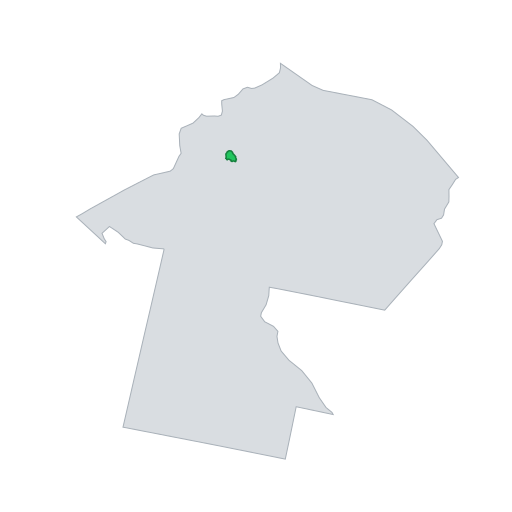 San Diego, Zacapa, Guatemala shown in context, rotated 191°
{"feature_id": "79465075B11427655280903", "entity_name": "San Diego", "entity_type": "district", "adm_level": 2, "iso_a3": "GTM", "parent_name": "Guatemala", "parent_adm1": "Zacapa", "projection": "albers", "projection_center": [-89.764, 14.795], "detail": "fine", "context": "in_parent", "style": "filled", "palette": "green", "viewbox_px": 512, "rotation_deg": 191, "n_neighbors": 0, "source": "geoboundaries", "source_scale": "gbopen_adm2", "svg_char_len": 2715}
<svg xmlns="http://www.w3.org/2000/svg" viewBox="0 0 512 512"><g transform="rotate(191 256 256)"><path d="M72.2,371.7L74.7,369.3L76.8,363.8L79.3,358.0L77.9,351.3L77.0,345.9L79.9,338.0L79.7,332.1L81.1,328.5L85.3,326.2L87.5,321.7L75.8,306.0L75.8,302.5L77.5,298.2L87.2,281.7L98.9,262.1L111.7,240.4L119.3,227.4L147.0,227.6L165.2,227.7L188.4,227.9L213.7,228.0L230.2,228.0L237.0,227.9L235.9,219.4L236.8,210.0L239.9,201.4L239.9,197.7L234.9,193.1L225.4,190.3L220.1,186.2L220.1,181.1L217.8,174.8L213.2,167.5L203.7,159.9L189.2,152.2L176.9,141.9L166.8,128.9L158.2,120.5L151.6,117.0L150.0,115.1L169.4,115.4L187.8,115.7L188.0,97.2L188.2,80.8L188.5,62.2L221.7,62.4L261.4,62.6L302.6,62.6L334.9,62.6L353.9,62.6L353.1,85.6L352.2,112.3L351.5,131.9L350.6,158.0L349.6,184.8L348.3,221.3L347.5,244.8L347.9,245.4L358.8,244.2L374.9,245.2L378.8,245.1L383.8,247.1L387.6,247.7L395.8,253.0L405.5,257.0L411.5,248.9L408.3,244.0L405.9,241.5L406.2,239.3L439.8,260.1L435.8,263.4L427.4,270.9L412.0,283.8L398.2,295.4L385.0,305.8L373.0,315.2L371.6,316.2L356.4,322.9L353.8,326.0L350.6,339.2L349.1,342.5L351.9,349.8L354.7,361.2L353.8,367.1L343.2,374.4L338.4,381.0L336.3,385.2L334.4,384.1L331.1,383.8L323.6,385.5L319.9,385.9L316.9,387.7L316.6,391.8L318.6,398.5L319.3,401.9L317.2,403.4L307.9,407.4L304.2,411.4L300.7,417.5L296.6,420.0L292.4,419.6L289.4,420.5L282.9,425.0L273.2,433.9L268.0,440.4L267.8,445.4L268.8,449.8L233.5,434.1L221.7,431.4L172.0,431.5L150.7,425.2L126.5,413.1L110.2,402.2L72.2,371.7Z" fill="#d9dde1" stroke="#a8b0b8" stroke-width="1"/><path d="M294.2,344.7L294.0,344.9L293.9,345.0L293.9,345.3L294.0,345.5L294.2,345.8L294.2,346.0L293.8,346.4L294.0,346.6L293.7,347.1L293.7,347.3L294.4,348.1L294.6,348.5L295.0,349.1L295.0,349.3L294.9,349.6L295.2,349.9L295.3,349.9L295.4,350.0L295.7,350.2L295.9,350.4L296.0,350.6L296.4,350.9L297.1,351.3L297.5,351.7L297.6,351.8L297.8,351.8L298.0,351.9L298.3,352.1L298.4,352.3L298.5,352.5L298.6,352.8L298.6,353.0L298.8,353.3L299.0,353.5L299.5,353.7L300.0,354.1L300.4,354.2L300.4,354.3L300.7,354.3L301.7,354.3L302.5,354.2L302.8,354.0L303.0,353.8L303.2,353.7L303.4,353.5L303.4,353.2L303.6,353.1L303.9,353.0L304.1,352.8L304.2,352.6L304.2,352.1L304.4,351.7L304.5,351.4L304.7,351.2L304.9,350.8L304.9,350.6L305.0,350.2L304.9,350.0L304.8,349.5L304.7,349.1L304.5,348.6L304.4,348.1L304.2,347.7L304.1,347.2L304.1,346.9L304.3,346.3L304.3,346.1L303.9,346.0L303.7,345.8L303.3,345.5L303.1,345.1L302.9,345.0L302.5,345.0L302.4,345.1L302.4,345.3L302.0,345.7L301.7,345.8L300.7,345.8L300.4,345.7L299.8,345.5L298.9,345.4L298.7,345.2L298.8,344.8L298.7,344.5L297.8,344.2L297.3,344.3L297.2,344.4L296.9,344.7L296.6,344.9L296.2,345.0L295.8,345.0L295.2,344.8L294.2,344.7Z" fill="#22c55e" stroke="#15803d" stroke-width="1.5"/></g></svg>